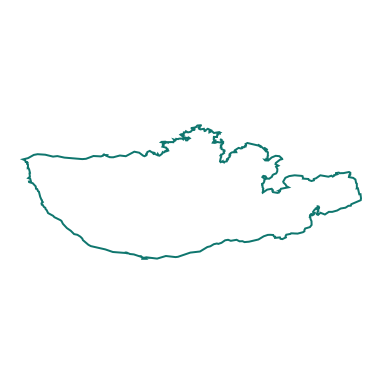 outline of Sula nor, Møre og Romsdal, Norway
{"feature_id": "86288312B40497939679228", "entity_name": "Sula nor", "entity_type": "district", "adm_level": 2, "iso_a3": "NOR", "parent_name": "Norway", "parent_adm1": "Møre og Romsdal", "projection": "mercator", "projection_center": [6.236, 62.423], "detail": "fine", "context": "isolated", "style": "outline", "palette": "teal", "viewbox_px": 384, "rotation_deg": 0, "n_neighbors": 0, "source": "geoboundaries", "source_scale": "gbopen_adm2", "svg_char_len": 6051}
<svg xmlns="http://www.w3.org/2000/svg" viewBox="0 0 384 384"><path d="M201.6,125.2L197.4,125.5L196.6,126.3L196.7,126.8L194.3,127.6L190.9,128.1L194.5,129.3L194.3,129.9L192.1,130.2L190.6,131.8L188.0,132.4L186.0,131.3L185.7,132.3L183.9,132.4L183.9,133.2L182.9,133.9L183.7,134.4L183.6,134.8L181.3,134.2L180.8,134.5L182.2,135.2L181.3,135.3L183.7,137.1L187.2,138.1L188.5,137.4L189.7,138.3L188.0,139.2L187.4,140.3L186.1,140.4L185.1,138.7L183.3,138.6L183.1,139.3L182.2,138.6L179.1,138.6L178.2,139.1L176.2,138.9L176.2,139.5L175.4,140.1L173.9,139.6L174.8,140.8L173.4,141.6L173.3,142.2L170.4,142.0L170.4,141.3L170.2,142.1L167.8,142.1L167.8,142.6L165.4,141.7L161.6,141.9L161.2,142.2L164.9,143.1L163.2,143.8L163.1,144.6L162.8,144.6L162.8,145.6L163.3,145.6L162.5,146.7L166.3,147.7L166.4,148.3L167.8,149.3L167.7,149.8L168.2,150.6L166.7,151.2L166.1,150.6L165.6,150.9L166.4,151.3L165.2,151.2L164.6,152.1L163.2,152.6L162.7,152.2L161.8,154.0L159.5,155.7L158.7,155.5L157.8,154.0L157.4,155.1L154.6,153.8L153.7,154.0L153.1,153.3L153.8,152.7L151.7,152.2L149.8,150.9L147.4,152.0L146.9,153.4L146.4,153.6L146.1,154.5L146.6,154.9L146.3,155.3L144.6,156.2L143.2,155.7L139.2,152.7L134.3,151.7L125.8,156.2L119.9,155.5L113.2,157.3L109.8,157.2L106.6,155.9L107.1,155.1L104.7,155.0L104.0,154.4L103.4,154.7L103.0,155.7L100.9,156.4L93.5,156.0L86.0,158.8L82.3,159.1L64.4,157.6L57.4,156.1L53.0,156.6L45.2,154.7L37.6,154.2L33.8,154.9L28.1,158.1L23.0,159.4L25.1,160.3L25.7,162.0L27.1,162.0L27.6,162.7L27.0,163.3L27.1,164.0L27.9,164.4L28.0,166.8L27.7,167.4L27.7,168.2L28.4,168.0L29.1,169.3L30.0,173.0L29.5,173.3L29.9,176.7L28.3,178.1L30.2,178.7L31.0,181.6L29.0,181.6L29.1,182.1L32.7,183.2L35.7,186.4L36.0,188.7L37.2,189.1L38.0,191.1L38.9,191.7L40.2,196.8L41.6,200.1L42.0,200.3L42.1,201.4L42.8,202.1L41.5,203.3L41.8,204.7L42.6,204.8L43.9,206.9L45.3,207.8L45.6,209.1L46.7,210.2L48.1,213.1L53.1,215.8L54.4,217.2L60.5,220.2L61.5,221.0L62.9,223.8L66.9,228.1L70.8,230.8L74.1,234.1L77.4,234.8L80.4,236.7L82.3,238.6L82.9,240.1L88.4,244.8L90.8,246.1L105.3,249.4L112.9,252.0L125.8,253.0L125.2,252.6L125.5,252.5L126.8,253.2L127.0,252.7L129.9,254.0L133.8,254.4L140.1,256.5L139.7,256.1L140.3,256.1L141.2,257.0L141.5,256.6L142.9,257.9L142.5,258.8L145.2,258.8L143.3,257.6L146.4,258.7L144.8,257.7L148.2,257.8L147.9,257.5L157.1,258.6L165.9,256.0L175.6,257.1L178.0,256.8L190.3,252.6L200.0,251.5L207.4,247.0L210.3,246.3L213.8,244.2L216.9,243.5L218.3,243.9L221.5,242.8L225.1,240.3L228.1,239.8L230.8,240.8L236.6,239.8L239.5,241.3L242.5,241.2L244.5,242.1L249.0,241.7L258.4,239.5L263.7,236.3L267.8,234.9L270.2,234.8L273.2,235.0L273.9,236.4L275.1,236.7L275.1,237.9L279.9,237.4L280.5,238.8L282.3,239.1L285.9,237.4L285.5,236.2L286.3,234.7L290.5,233.9L291.1,233.3L297.6,233.6L303.0,232.2L304.4,231.3L304.4,230.1L305.2,228.5L309.9,227.1L311.6,224.9L311.5,221.2L310.5,219.0L310.4,217.8L309.8,217.3L310.2,216.6L309.9,216.5L310.0,215.2L311.2,214.0L311.9,214.1L312.0,215.2L312.4,215.3L313.9,214.4L314.5,213.0L313.9,213.1L313.0,212.0L314.2,210.2L315.9,208.5L316.2,208.7L316.0,208.3L317.5,207.5L317.6,206.3L318.6,206.5L319.1,207.4L318.9,208.5L318.1,209.6L318.4,211.1L317.7,211.5L317.2,213.5L315.9,214.1L317.9,214.0L317.5,215.6L318.3,214.1L318.5,214.5L320.5,212.8L324.9,214.5L328.8,211.9L332.1,211.9L337.2,210.5L340.7,208.5L345.5,207.7L348.4,205.8L350.8,205.7L351.3,204.2L360.7,200.2L361.0,198.4L360.5,194.2L359.3,194.3L357.9,188.3L356.7,188.4L356.9,187.8L356.8,183.6L356.1,183.0L355.4,179.5L353.2,177.9L348.9,177.1L349.0,176.2L349.6,175.5L349.3,175.5L349.5,174.6L350.3,173.6L350.3,172.7L349.0,172.0L343.5,173.1L339.9,173.2L338.8,172.6L335.2,173.2L336.2,173.5L336.0,174.0L336.8,174.4L334.1,175.2L334.2,175.7L332.7,176.6L331.5,175.7L328.4,176.7L320.3,175.3L316.0,178.3L313.8,179.0L313.9,180.3L311.5,181.0L309.0,180.1L308.4,179.0L303.1,178.6L303.3,178.2L302.8,177.5L302.6,176.2L301.8,175.9L294.6,175.3L289.2,176.1L285.4,177.8L283.2,181.6L283.6,182.7L285.6,184.6L286.4,186.1L288.5,187.3L280.9,188.8L280.3,189.9L279.3,190.4L280.2,190.5L280.0,191.3L278.9,191.4L278.9,192.5L277.5,192.9L272.9,192.1L272.3,190.9L272.9,190.2L271.7,188.8L267.2,189.6L262.7,192.7L262.6,192.4L263.2,190.8L262.9,189.8L263.2,189.4L263.3,188.4L262.6,187.5L262.5,185.2L262.1,185.2L262.0,183.9L263.4,183.2L264.3,181.5L264.2,180.1L265.6,179.1L262.4,177.2L262.6,176.6L263.4,175.9L265.5,176.3L267.0,178.6L269.2,178.7L272.0,176.7L272.4,175.4L273.4,174.5L276.2,173.4L277.2,171.5L277.4,169.0L276.1,166.8L278.3,165.7L275.5,164.2L275.8,163.0L280.0,159.7L282.2,159.1L282.1,158.7L279.4,156.2L275.7,155.8L271.6,157.5L268.3,160.5L265.2,160.4L264.7,159.8L265.8,160.0L266.3,158.7L267.8,158.7L267.5,156.6L268.4,155.2L267.8,155.6L267.9,152.4L267.4,151.7L266.1,151.5L264.0,149.0L264.4,148.7L266.5,150.1L266.9,149.5L264.7,148.0L263.6,148.7L260.8,146.2L260.4,146.8L259.5,146.2L259.8,145.9L258.6,144.9L257.7,145.4L247.4,143.0L245.6,144.0L246.1,145.2L245.6,146.5L244.8,146.1L244.1,147.2L242.1,147.1L241.9,147.5L242.1,148.2L240.9,148.5L238.6,147.9L234.8,150.3L234.3,151.3L236.1,151.6L236.3,152.2L232.2,152.3L230.9,153.0L229.8,154.0L230.1,154.6L229.5,154.7L229.4,155.5L229.9,155.8L229.8,156.7L228.1,158.3L227.9,159.4L226.1,159.0L227.6,159.6L226.9,160.3L226.8,161.3L224.1,161.9L224.0,162.4L222.4,161.8L222.5,161.3L220.7,162.2L220.0,161.4L220.7,158.1L221.3,156.9L220.9,155.6L220.5,155.5L221.1,154.6L221.6,154.8L224.1,153.0L223.6,151.9L224.6,151.1L224.5,150.4L221.6,149.1L221.5,147.6L220.7,147.6L220.9,146.2L221.3,145.7L220.9,145.2L223.1,143.2L223.2,141.8L222.9,141.6L222.5,142.6L221.6,142.2L221.6,139.8L220.1,139.2L221.3,140.2L221.3,142.0L220.5,142.6L217.6,142.0L214.9,142.9L212.8,142.7L213.1,142.1L215.2,142.0L215.7,141.2L215.5,140.5L214.5,140.9L214.1,140.5L213.7,139.3L214.2,137.7L213.8,137.6L213.9,136.9L217.0,137.0L217.2,135.1L217.9,134.7L217.3,133.5L218.5,133.0L219.8,133.6L219.9,133.0L219.5,132.7L220.0,132.5L219.2,132.1L213.9,133.0L211.9,131.1L209.4,132.3L209.4,131.0L210.6,130.1L207.8,128.8L205.8,130.1L205.5,130.8L204.6,131.0L203.9,128.8L200.4,129.4L199.2,128.9L198.7,127.9L199.0,127.3L199.7,127.5L199.9,126.1L201.6,125.2Z" fill="none" stroke="#0f766e" stroke-width="2"/></svg>